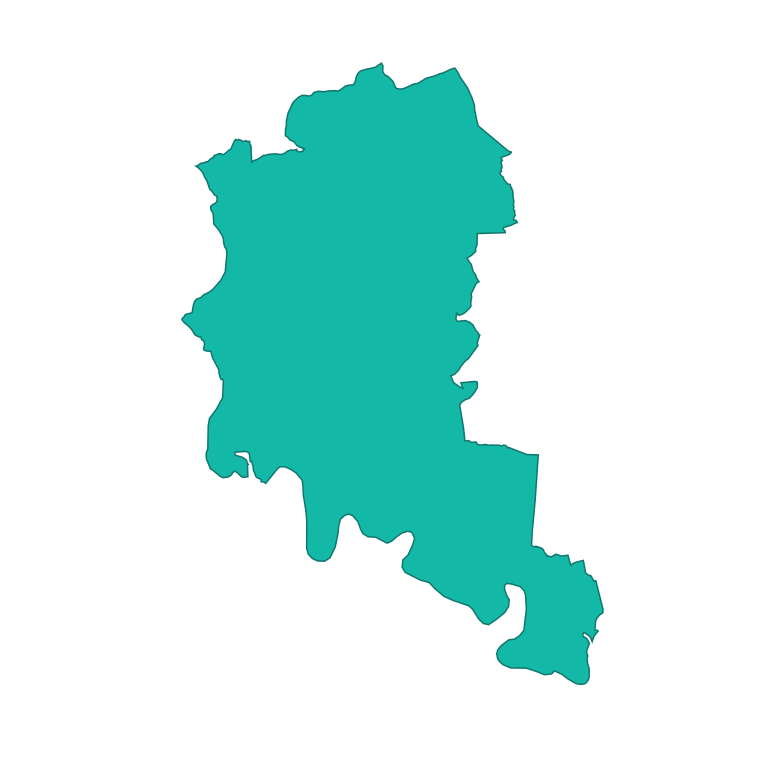 the district of Ion Creanga, Neamt, Romania, rotated 264°
{"feature_id": "2599482B59992894618457", "entity_name": "Ion Creanga", "entity_type": "district", "adm_level": 2, "iso_a3": "ROU", "parent_name": "Romania", "parent_adm1": "Neamt", "projection": "robinson", "projection_center": [27.026, 46.861], "detail": "fine", "context": "isolated", "style": "filled", "palette": "teal", "viewbox_px": 768, "rotation_deg": 264, "n_neighbors": 0, "source": "geoboundaries", "source_scale": "gbopen_adm2", "svg_char_len": 6147}
<svg xmlns="http://www.w3.org/2000/svg" viewBox="0 0 768 768"><g transform="rotate(264 384 384)"><path d="M92.3,558.3L95.3,557.5L97.6,557.7L104.5,561.2L109.4,559.2L110.8,557.7L111.0,556.8L112.6,555.6L114.3,555.6L116.2,556.9L112.4,561.3L110.2,562.8L106.0,564.1L111.2,566.5L114.8,569.8L115.5,571.1L116.5,570.8L117.5,568.0L126.5,569.8L129.7,572.0L131.7,574.2L133.5,577.5L134.3,578.0L137.5,578.2L166.3,574.1L166.2,572.0L171.7,569.7L172.6,567.3L174.9,564.8L187.7,563.8L186.7,556.4L185.8,553.3L184.3,550.8L194.5,549.0L194.3,542.6L196.8,537.2L194.5,532.1L195.3,530.8L195.3,529.5L196.1,528.8L195.6,528.3L198.5,527.0L199.9,525.8L202.2,525.3L203.6,524.3L205.3,521.6L205.9,519.9L205.8,519.2L206.2,519.2L206.7,518.3L206.2,517.9L206.6,517.6L206.5,516.0L208.0,513.8L221.8,516.0L253.2,522.3L297.4,530.0L298.9,518.7L308.0,501.0L307.5,500.2L309.6,499.2L310.3,498.0L310.7,496.6L309.9,494.3L311.0,492.7L312.2,483.5L311.9,482.6L313.3,478.5L313.1,474.6L313.6,471.9L314.1,470.7L316.8,469.4L316.8,464.8L318.9,462.2L318.7,460.5L319.1,458.5L332.3,458.5L354.7,457.1L356.0,457.6L358.3,459.9L360.0,463.6L361.0,467.5L364.3,471.4L368.9,475.3L370.9,476.5L375.9,477.0L376.4,476.7L377.0,475.1L377.2,460.6L371.5,461.9L373.4,458.6L378.3,453.2L385.3,451.3L386.2,455.2L390.0,459.7L394.0,462.7L398.1,466.9L400.5,470.7L412.3,481.4L415.4,481.1L422.8,484.4L423.6,483.4L425.7,482.6L426.9,481.3L433.5,478.6L436.6,475.4L438.6,471.5L438.6,463.2L441.0,462.3L447.0,463.6L447.4,464.1L445.3,464.6L444.4,466.0L445.8,470.7L448.2,474.4L452.1,478.6L456.5,478.9L461.2,480.3L463.9,480.1L465.4,480.6L473.5,485.7L474.9,486.9L475.8,489.2L479.9,487.1L482.7,486.6L487.0,484.3L493.9,483.3L496.3,481.7L500.6,479.7L502.7,484.4L506.2,489.0L509.7,489.4L512.3,491.0L523.9,492.5L521.8,520.4L523.4,520.4L526.0,518.5L527.1,519.3L528.7,527.1L530.6,532.5L530.5,533.5L532.9,532.6L533.3,530.2L533.7,530.0L536.4,530.8L538.0,532.2L539.5,531.7L542.5,532.1L543.4,531.3L544.6,531.1L546.5,531.7L548.9,531.4L551.9,532.3L555.8,531.9L561.3,532.3L563.9,531.9L564.6,531.0L565.8,531.5L566.6,530.8L569.4,530.3L569.9,527.9L574.4,524.8L577.2,524.2L578.9,522.4L581.6,521.2L582.3,521.4L583.1,523.1L585.5,523.0L587.3,524.2L592.0,523.6L593.3,524.0L593.9,525.1L597.0,523.9L598.9,531.8L600.0,533.9L601.1,534.8L601.5,534.7L602.4,532.4L604.1,530.6L630.8,504.7L636.6,503.8L648.1,502.8L651.8,503.1L659.5,501.4L670.0,497.9L681.1,491.9L686.4,489.9L690.4,487.8L690.8,487.2L689.8,482.5L687.3,475.9L686.7,472.0L685.0,466.2L683.7,457.9L679.4,449.0L679.2,445.0L675.9,435.1L675.5,431.1L676.4,428.0L677.5,426.5L684.1,424.5L688.9,420.6L690.4,419.0L690.7,417.7L691.3,417.1L694.9,415.4L700.5,416.2L703.4,415.0L700.0,408.6L699.2,403.9L699.1,400.4L697.7,393.1L695.2,390.2L691.7,388.3L688.7,387.4L684.8,385.0L684.9,380.4L684.4,376.9L681.4,372.0L680.1,368.9L680.9,365.8L681.3,359.5L680.9,355.1L682.0,349.3L681.2,344.8L678.8,342.2L678.3,340.8L678.4,338.3L679.0,337.0L679.6,332.7L678.1,328.9L674.4,324.0L673.0,322.6L663.4,316.9L655.8,314.4L651.2,314.0L648.0,312.8L642.1,311.9L640.8,312.3L639.9,313.8L636.7,315.8L634.0,320.1L630.4,322.2L628.4,324.8L628.0,326.9L626.8,327.3L626.7,329.0L625.8,329.5L625.5,328.3L624.6,328.2L623.9,327.5L623.6,323.7L624.8,321.9L626.4,321.8L626.0,318.0L626.5,315.9L625.6,312.2L623.5,308.5L623.1,306.8L623.2,304.7L624.3,299.7L624.4,292.8L623.7,289.7L624.1,288.5L620.7,281.8L619.7,277.6L618.5,275.6L634.8,276.6L637.1,275.6L639.4,275.7L639.2,273.9L640.5,272.2L640.0,271.8L640.1,268.6L641.2,267.6L641.7,266.5L641.5,266.1L642.5,265.1L641.7,263.6L642.8,262.2L641.7,260.8L634.6,256.8L633.0,255.4L632.8,254.0L632.0,253.3L628.9,248.5L630.2,245.0L630.3,243.2L629.7,242.6L629.0,238.9L627.9,238.7L627.3,237.6L626.8,237.5L626.9,236.8L625.6,234.5L623.7,232.2L623.7,231.4L623.2,231.0L623.6,230.5L622.8,228.1L623.0,227.5L622.4,226.6L622.7,224.8L620.4,221.2L620.4,219.8L617.5,222.8L613.8,225.6L607.3,227.7L605.1,229.0L595.8,231.1L593.5,233.2L590.0,234.9L588.2,237.4L584.4,237.3L582.6,236.5L581.1,234.6L580.5,232.4L578.7,230.2L575.6,230.0L571.5,231.9L560.7,231.5L555.9,235.0L548.1,238.8L544.9,239.4L539.7,239.4L536.4,240.2L534.5,241.3L529.6,241.3L512.0,237.8L504.4,232.7L496.4,224.1L493.8,220.2L491.6,214.2L489.1,210.8L488.0,206.6L486.1,204.3L481.9,202.5L474.9,200.6L473.9,193.7L471.8,192.3L470.6,190.5L469.3,189.8L468.0,190.3L465.4,192.2L462.0,195.6L458.2,198.5L452.7,201.1L450.0,205.0L450.1,206.6L447.0,207.3L446.0,209.1L444.1,209.7L442.1,209.6L437.4,208.2L436.3,208.7L435.2,211.5L434.6,215.2L427.9,216.3L415.4,221.2L411.1,221.1L406.4,222.1L405.5,222.5L405.3,223.9L404.4,224.6L387.3,222.1L376.5,214.7L368.1,206.9L360.8,204.8L338.0,202.0L333.8,199.9L328.0,199.6L317.6,202.6L316.4,204.5L309.3,211.4L307.6,214.1L307.8,219.5L309.8,223.2L311.4,223.9L312.9,226.3L311.4,228.6L307.2,232.1L305.8,234.0L306.0,238.9L318.5,239.9L318.4,240.5L320.3,239.5L322.3,239.4L324.3,237.6L326.1,235.1L328.4,229.4L329.8,228.2L331.0,228.4L331.7,229.1L331.5,237.6L331.3,240.0L329.3,242.7L320.8,242.9L320.6,244.3L316.0,245.1L311.9,245.2L305.4,247.0L303.8,248.3L302.3,251.5L301.8,251.9L299.6,251.6L299.0,254.4L297.5,255.9L310.8,269.2L312.6,272.0L311.8,277.4L308.5,282.8L304.7,287.3L297.0,292.5L292.0,292.8L281.7,292.2L265.6,293.1L254.9,292.8L228.7,289.9L223.0,290.8L218.1,294.3L215.0,299.3L214.0,306.4L216.8,312.1L226.9,318.4L239.3,322.4L248.2,324.3L254.1,326.6L257.3,331.0L258.4,334.7L256.7,338.8L249.8,343.7L242.0,345.6L237.4,347.4L233.7,352.2L232.5,359.7L225.4,370.4L226.7,374.8L230.9,380.9L233.9,386.2L235.1,392.0L233.6,396.2L227.2,398.3L220.5,395.4L211.5,390.1L207.1,384.4L200.0,382.9L194.4,385.4L185.4,399.3L181.8,408.2L174.5,413.8L166.3,421.7L161.5,430.2L154.5,445.2L150.8,448.5L140.3,453.7L135.5,457.7L133.7,462.8L135.2,465.7L138.6,471.9L144.1,480.2L149.8,484.7L156.5,486.0L160.1,484.2L165.7,482.8L168.3,482.5L171.1,482.9L172.8,485.2L171.7,490.1L168.2,498.3L163.8,501.8L159.0,502.7L145.5,502.1L124.4,497.4L119.7,492.7L116.7,487.4L116.5,481.3L111.6,473.2L107.7,469.3L103.8,467.9L99.0,468.3L96.0,469.9L92.5,472.9L88.4,480.2L86.5,496.0L82.1,505.7L78.1,513.2L78.1,520.4L80.9,523.5L76.8,530.4L71.2,536.4L66.6,542.7L65.4,545.3L64.6,549.4L65.1,553.1L67.9,556.0L70.7,557.3L79.3,558.3L84.9,557.3L89.6,557.2L92.3,558.3Z" fill="#14b8a6" stroke="#0f766e" stroke-width="1.5"/></g></svg>